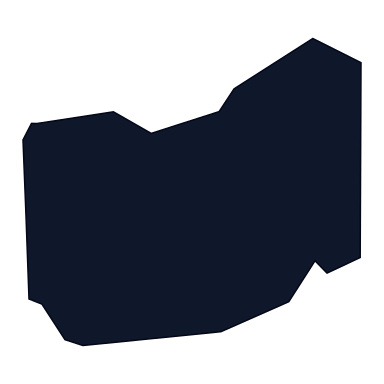 outline of Taylor, West Virginia, United States of America
{"feature_id": "52423323B92810723022210", "entity_name": "Taylor", "entity_type": "district", "adm_level": 2, "iso_a3": "USA", "parent_name": "United States of America", "parent_adm1": "West Virginia", "projection": "equal_earth", "projection_center": [-80.076, 39.345], "detail": "fine", "context": "isolated", "style": "filled", "palette": "ink", "viewbox_px": 384, "rotation_deg": 0, "n_neighbors": 0, "source": "geoboundaries", "source_scale": "gbopen_adm2", "svg_char_len": 360}
<svg xmlns="http://www.w3.org/2000/svg" viewBox="0 0 384 384"><path d="M31.5,123.4L23.0,139.9L26.0,216.1L29.0,299.0L41.9,304.1L65.0,339.7L82.9,345.5L220.9,331.7L288.8,301.7L315.0,260.8L327.0,273.1L360.2,257.5L361.0,62.7L312.8,38.5L234.1,88.8L219.1,111.6L151.2,133.4L113.4,111.8L37.0,123.5L31.5,123.4Z" fill="#0f172a" stroke="#020617" stroke-width="1.5"/></svg>